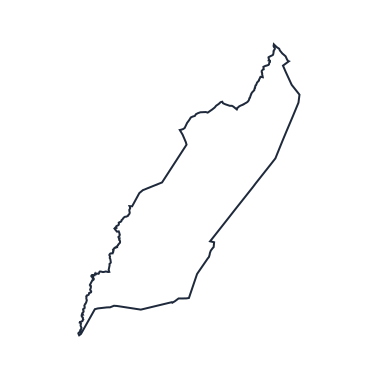 Santiago del Río, Oaxaca, Mexico (Robinson projection), rotated 8°
{"feature_id": "50627088B48530858037738", "entity_name": "Santiago del Río", "entity_type": "district", "adm_level": 2, "iso_a3": "MEX", "parent_name": "Mexico", "parent_adm1": "Oaxaca", "projection": "robinson", "projection_center": [-98.116, 17.433], "detail": "fine", "context": "isolated", "style": "outline", "palette": "slate", "viewbox_px": 384, "rotation_deg": 8, "n_neighbors": 0, "source": "geoboundaries", "source_scale": "gbopen_adm2", "svg_char_len": 4973}
<svg xmlns="http://www.w3.org/2000/svg" viewBox="0 0 384 384"><g transform="rotate(8 192 192)"><path d="M284.9,80.7L284.2,80.0L275.8,72.0L268.2,60.2L264.5,54.2L269.7,49.1L268.9,48.9L267.7,47.6L265.8,44.6L262.1,42.2L259.3,39.6L258.4,38.0L256.0,36.9L254.0,35.5L252.5,34.4L252.5,34.7L252.6,35.1L252.4,35.7L252.6,36.4L253.0,37.1L253.6,37.4L254.1,38.4L254.0,39.3L253.5,40.1L253.1,41.2L253.4,41.6L253.3,42.5L253.3,43.5L253.2,44.7L252.7,45.3L251.2,46.3L249.4,47.6L249.0,48.0L249.1,48.3L249.2,48.7L249.8,50.0L249.6,51.0L249.8,51.0L250.4,50.9L250.9,51.1L251.1,52.2L250.7,52.3L250.5,53.7L250.5,54.8L250.3,55.2L249.9,55.6L249.4,55.9L248.8,56.1L248.5,56.4L247.3,56.8L245.3,58.1L245.9,60.5L245.2,60.8L244.2,62.4L244.3,63.5L244.7,63.9L244.7,64.3L245.0,64.8L245.1,65.9L245.6,67.0L246.1,68.5L243.8,68.4L242.7,71.8L242.8,72.4L242.2,73.0L242.0,73.5L241.2,74.5L240.6,77.2L240.1,77.6L239.9,78.8L240.0,79.4L239.7,79.9L239.9,80.5L239.4,81.5L239.5,82.5L237.8,84.8L237.0,86.4L237.0,87.4L236.7,87.8L236.4,89.7L236.3,90.6L235.8,91.0L235.7,91.6L235.7,92.3L235.5,93.1L235.2,93.8L234.6,94.8L234.3,95.2L233.5,95.9L232.2,96.9L231.8,97.2L231.2,97.8L230.7,97.9L230.5,98.3L229.9,98.7L228.9,99.2L227.7,100.0L226.7,100.7L226.2,101.5L225.2,102.3L225.2,103.1L224.9,104.0L221.1,101.7L219.5,101.1L217.5,101.4L212.8,100.5L210.4,99.8L209.4,98.4L207.8,99.1L206.2,101.1L203.9,103.2L202.7,105.2L200.5,107.5L196.5,111.2L194.6,110.9L191.3,111.5L189.2,111.9L186.9,113.1L185.0,114.5L184.2,116.3L182.4,117.1L182.0,117.3L180.4,118.4L180.0,119.4L179.0,121.6L177.5,124.3L177.0,126.0L175.8,129.7L174.3,131.0L172.4,131.9L171.3,132.3L174.7,136.5L179.0,143.6L180.0,145.9L161.0,186.7L143.1,197.0L140.0,200.4L134.7,214.5L132.1,214.7L132.7,215.6L132.7,215.9L132.9,216.4L133.0,216.9L132.8,217.2L132.6,218.0L132.4,218.3L132.5,218.8L132.6,219.4L133.0,220.5L133.2,221.1L133.2,221.5L133.0,222.4L132.6,223.1L132.2,223.5L132.1,224.3L131.5,224.8L130.8,225.3L130.2,225.6L129.2,225.8L128.2,226.6L128.0,227.0L127.6,227.5L127.3,228.0L127.0,228.8L126.2,229.6L126.1,230.1L126.1,230.7L125.5,231.5L124.2,232.1L123.7,232.7L124.1,233.8L123.8,235.0L122.6,235.8L121.9,236.3L121.6,237.1L122.1,237.7L122.2,238.1L121.7,238.2L120.9,238.1L120.3,239.0L120.7,239.3L121.0,239.7L121.4,240.1L122.0,240.5L122.3,240.9L122.6,241.2L122.9,241.4L123.2,241.7L124.1,241.5L124.9,241.2L125.9,243.0L126.2,244.3L126.4,244.4L126.3,245.6L125.9,246.2L125.4,246.7L125.5,247.1L125.8,247.5L126.0,247.9L126.3,248.3L126.7,248.2L126.5,249.4L126.9,249.5L127.6,250.8L127.7,251.5L127.7,252.3L127.1,253.1L126.7,253.8L126.2,254.4L126.1,255.2L125.2,256.3L125.4,256.9L124.7,256.9L124.6,257.4L124.0,257.5L123.9,257.9L123.2,258.0L122.8,258.5L121.8,260.2L122.1,260.6L122.1,261.1L122.4,261.0L122.3,262.0L122.3,262.6L121.9,263.1L121.9,263.8L119.8,264.2L119.2,265.0L118.9,265.9L119.8,267.3L119.7,268.8L120.5,269.9L121.4,273.0L121.1,273.8L120.3,274.8L120.6,276.2L120.5,277.7L120.4,279.4L120.3,280.7L121.2,282.6L120.1,282.9L117.7,282.7L116.3,283.3L114.9,283.7L113.2,283.5L112.5,283.5L112.0,283.5L111.6,283.7L111.4,284.4L111.1,285.3L111.1,285.8L110.9,286.0L109.2,286.0L108.5,286.1L108.3,286.9L107.8,286.9L107.4,286.3L107.1,287.1L107.1,287.9L106.4,287.9L105.9,288.0L105.3,288.0L104.6,288.1L104.2,288.5L104.0,289.0L104.1,289.6L104.5,289.9L105.2,290.0L106.0,289.9L106.0,290.1L105.6,290.4L105.5,290.9L105.7,291.2L106.2,291.3L106.5,291.4L106.3,291.8L106.4,292.5L106.6,292.6L106.0,293.3L105.6,293.3L103.8,298.3L104.2,298.7L104.7,298.9L104.6,299.4L105.1,299.8L105.1,300.5L105.1,301.2L104.9,301.9L104.7,302.9L106.0,304.4L106.0,305.2L105.5,305.8L104.8,305.9L104.2,306.3L104.0,308.0L102.9,308.9L102.4,309.0L102.3,309.5L101.8,310.0L102.1,310.8L102.1,311.7L102.3,312.6L102.6,313.1L102.9,313.8L102.7,315.3L102.5,316.3L102.1,317.3L102.1,317.5L101.9,317.7L101.6,318.0L101.5,318.6L101.2,319.7L101.7,320.6L101.8,321.4L101.7,322.2L101.1,322.5L100.6,323.0L100.5,323.8L101.1,324.7L101.3,325.5L101.1,326.1L100.7,326.4L100.6,327.2L100.1,327.5L100.2,328.1L100.5,328.3L100.2,328.5L100.2,328.9L100.4,329.0L99.9,329.2L99.9,329.6L100.1,329.9L100.0,330.2L100.4,330.8L101.0,331.3L101.4,331.5L101.5,332.5L102.1,333.5L101.5,334.3L101.5,335.0L100.9,335.5L99.9,336.0L99.1,336.3L99.0,336.9L99.6,337.0L100.0,337.4L100.0,337.7L100.4,338.0L100.3,338.4L100.2,339.2L100.3,339.9L100.7,340.6L101.2,341.5L101.5,341.9L101.3,342.6L101.3,343.3L100.9,343.7L100.7,344.1L101.0,344.5L101.0,345.0L101.2,345.3L100.9,345.5L100.5,345.4L100.4,346.5L99.9,346.6L99.5,347.0L99.1,347.7L99.7,348.9L100.2,349.6L101.8,348.0L112.1,321.6L114.9,320.4L121.9,318.6L123.8,318.1L126.9,317.6L130.6,315.5L132.4,315.4L133.1,315.3L157.7,315.6L187.4,303.9L187.9,304.4L190.2,302.6L193.5,299.3L201.0,298.2L203.7,297.4L208.4,272.6L209.0,271.3L217.0,255.3L217.7,254.3L218.0,252.9L218.2,251.4L218.2,250.4L218.3,249.6L218.8,247.4L220.4,244.5L221.1,243.6L220.9,238.7L216.8,238.3L222.7,228.2L231.2,213.6L237.1,203.4L251.7,178.5L253.8,174.7L266.2,153.5L269.9,147.1L274.5,128.7L277.0,119.1L281.2,103.4L285.0,88.7L284.9,80.7Z" fill="none" stroke="#1e293b" stroke-width="2"/></g></svg>